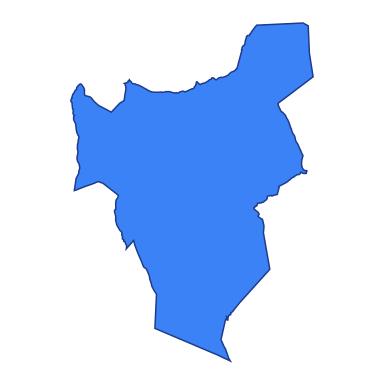 the district of Tingambato, Michoacán, Mexico
{"feature_id": "50627088B49103423158647", "entity_name": "Tingambato", "entity_type": "district", "adm_level": 2, "iso_a3": "MEX", "parent_name": "Mexico", "parent_adm1": "Michoacán", "projection": "equal_earth", "projection_center": [-101.844, 19.506], "detail": "fine", "context": "isolated", "style": "filled", "palette": "blue", "viewbox_px": 384, "rotation_deg": 0, "n_neighbors": 0, "source": "geoboundaries", "source_scale": "gbopen_adm2", "svg_char_len": 5756}
<svg xmlns="http://www.w3.org/2000/svg" viewBox="0 0 384 384"><path d="M263.9,227.6L263.9,225.5L262.8,220.7L262.4,219.2L261.2,218.7L259.2,217.3L258.0,216.3L257.9,216.2L258.3,215.2L258.8,214.9L259.1,214.6L259.1,214.4L258.9,213.6L258.8,213.3L258.6,212.9L257.6,211.8L256.3,210.9L255.5,210.1L254.8,209.6L254.3,209.1L254.1,209.0L254.1,208.9L253.9,207.7L254.9,207.2L255.0,206.6L255.2,206.1L255.6,206.1L256.1,205.9L256.6,206.0L256.7,205.9L256.8,205.5L257.3,204.8L257.4,203.4L258.2,203.1L260.9,203.0L262.2,202.3L263.0,202.3L263.4,202.1L266.5,199.6L267.1,198.7L267.2,197.9L267.2,197.1L267.5,196.4L268.0,196.0L269.6,195.9L270.0,195.6L270.6,195.4L271.1,195.4L271.4,195.7L271.7,196.0L272.2,196.0L272.7,195.7L273.9,195.3L274.4,195.0L275.7,194.9L276.7,194.6L277.3,194.3L278.6,189.3L279.1,187.9L278.8,186.4L286.1,182.6L286.2,182.4L287.9,181.5L287.9,181.2L288.2,180.9L288.6,180.5L289.0,180.2L289.5,180.1L289.8,179.8L290.5,179.2L292.0,177.8L293.8,177.0L294.4,176.7L295.0,175.9L296.0,175.5L296.4,175.0L296.9,174.7L298.8,174.6L299.1,174.5L299.5,174.3L300.3,173.3L300.5,172.7L301.0,172.1L301.2,172.3L301.7,172.5L302.7,173.3L304.2,173.5L306.2,173.4L306.9,170.8L306.4,170.6L306.3,171.1L303.5,169.9L303.6,169.6L302.6,168.5L302.2,167.6L302.1,166.6L302.0,166.4L301.8,166.2L301.5,164.7L301.5,164.1L301.7,162.4L301.6,161.0L303.0,155.5L301.7,153.2L301.2,151.7L299.6,148.3L298.3,145.2L297.5,143.6L296.0,141.5L295.3,139.1L295.0,137.4L294.5,135.8L293.3,134.1L292.5,132.7L291.9,131.1L291.4,129.3L291.2,128.6L290.2,126.6L289.9,125.1L288.9,122.4L288.3,121.0L287.6,119.5L286.8,118.4L285.4,115.3L284.0,113.8L282.6,112.2L282.4,112.1L282.2,112.1L281.6,111.9L281.4,111.6L280.4,110.2L280.2,109.6L280.0,109.2L279.9,108.7L279.8,108.4L279.4,108.0L278.9,106.6L278.3,105.5L278.2,103.7L278.1,103.3L313.1,76.8L309.4,53.3L308.2,25.8L303.0,23.0L256.6,25.2L253.8,28.7L253.2,29.7L251.9,31.1L251.7,31.5L251.1,32.7L250.8,33.5L250.7,33.6L250.2,33.6L250.0,33.9L249.4,35.5L247.8,35.4L247.3,35.7L246.5,36.6L246.4,37.0L246.5,37.7L246.4,37.9L245.9,38.8L245.3,40.8L245.1,42.2L244.9,44.2L244.8,44.5L244.7,44.7L244.4,45.1L243.5,45.4L242.8,46.4L242.5,46.6L242.1,47.6L242.0,48.7L241.8,49.3L241.5,49.7L241.6,49.8L242.0,50.6L241.7,50.9L237.0,68.5L236.8,68.5L236.3,68.7L236.2,68.9L236.1,69.2L236.0,69.5L235.7,69.7L235.3,70.2L234.9,70.4L234.7,70.7L234.2,71.0L233.2,71.4L231.3,72.2L229.7,73.4L229.0,74.3L228.5,74.7L226.3,76.1L225.3,76.5L224.7,76.6L223.6,77.2L222.3,77.5L221.6,77.2L221.3,77.2L220.2,77.6L219.0,77.8L218.5,78.1L216.7,79.6L216.4,79.8L216.2,79.8L215.4,79.6L215.1,79.3L214.7,78.9L213.4,77.9L212.8,77.8L212.1,77.9L211.9,77.9L211.5,78.7L211.0,79.2L210.1,79.5L209.2,80.0L208.6,80.6L208.3,81.0L207.6,81.3L205.3,82.7L204.8,83.0L202.4,83.4L200.9,84.2L200.6,84.5L200.4,84.6L200.0,84.2L199.5,84.1L198.9,83.7L197.1,81.8L196.7,81.8L196.5,82.0L196.3,82.3L196.2,83.9L196.0,84.2L195.4,85.6L194.6,86.9L194.2,87.2L194.1,87.3L194.1,87.8L194.1,88.0L193.3,88.6L193.0,88.7L191.7,88.9L185.3,91.9L184.8,92.0L184.2,91.5L183.5,91.2L182.6,91.2L181.2,91.6L180.8,91.7L179.7,92.0L178.2,93.0L177.7,93.1L176.2,92.6L175.6,92.9L175.0,93.0L172.2,92.5L169.1,91.5L168.7,91.7L165.9,91.6L164.5,92.1L163.2,92.3L162.5,92.3L161.3,92.0L158.8,92.2L157.8,92.3L154.4,92.2L152.6,92.1L150.1,91.3L148.8,90.7L146.6,89.4L141.7,86.7L139.8,85.7L137.8,84.9L136.6,84.6L135.3,84.0L133.1,83.6L132.5,83.6L131.5,82.6L131.4,82.1L131.3,81.9L130.5,81.2L129.4,79.8L129.3,80.2L129.3,80.6L129.1,80.4L128.7,80.6L128.0,81.2L127.8,81.7L127.8,82.4L127.7,82.5L124.3,83.4L124.9,83.8L125.1,84.2L125.3,85.1L125.9,87.4L125.9,88.2L125.9,89.1L124.6,96.9L124.2,100.5L122.8,101.4L120.0,103.0L116.8,106.3L111.3,112.2L104.3,108.4L98.5,105.4L95.7,102.9L93.6,100.9L91.4,97.9L89.8,96.8L85.5,95.7L84.6,94.9L84.4,92.4L84.5,89.6L83.5,87.3L82.1,85.2L80.8,83.9L79.8,84.2L78.8,85.0L78.5,85.3L77.9,85.9L77.7,86.6L76.8,87.3L76.6,88.4L76.5,89.7L75.8,89.9L75.2,90.5L74.6,91.4L74.2,92.7L73.4,93.4L72.7,94.8L72.1,96.5L71.9,97.5L72.0,98.4L71.4,98.7L70.9,100.2L71.0,101.3L71.2,101.9L71.7,102.2L72.1,102.9L72.0,103.7L72.6,109.0L73.1,109.6L73.5,110.3L73.2,110.9L73.1,111.5L73.0,113.0L73.2,114.1L73.6,114.8L74.5,115.4L74.0,115.9L73.6,116.8L73.6,118.3L73.7,119.8L74.1,120.8L75.5,123.4L76.0,126.7L76.1,128.2L76.6,131.7L77.5,134.1L78.2,135.5L78.8,136.3L78.9,137.2L78.3,140.0L78.1,140.8L78.2,141.7L78.1,142.1L77.5,144.7L77.4,146.0L77.5,147.2L77.3,148.3L77.3,149.0L77.7,149.7L77.7,150.3L77.9,151.3L77.9,152.5L77.7,153.8L77.2,156.3L76.9,158.5L77.6,161.4L78.3,162.6L79.0,163.7L79.8,168.0L79.3,169.8L78.9,171.0L78.7,172.4L78.7,173.5L77.4,175.9L76.1,178.6L74.3,190.6L76.7,189.9L79.4,188.7L86.1,186.1L91.2,184.4L95.3,182.8L97.2,181.9L98.2,181.6L103.1,183.3L103.9,184.0L115.6,193.1L118.4,195.4L118.0,197.0L117.3,198.5L116.1,199.9L115.7,202.9L115.8,209.2L115.1,209.6L114.4,211.2L115.0,213.4L115.7,216.1L115.7,221.0L116.4,222.6L116.5,224.2L118.0,227.2L118.7,228.2L119.7,230.1L121.8,232.2L121.8,235.1L122.5,236.8L122.5,237.7L122.3,238.3L122.3,238.8L123.9,239.8L124.0,240.1L123.6,240.9L123.7,241.3L125.0,241.8L125.3,242.9L126.7,246.1L126.3,248.8L133.6,240.5L134.3,243.1L134.8,245.0L138.1,253.8L141.1,260.5L143.4,266.5L144.2,267.4L146.5,269.1L149.4,276.1L149.5,277.3L149.6,278.4L151.4,284.1L152.0,286.6L154.2,290.7L156.5,294.2L154.9,328.4L211.7,352.5L215.8,354.2L230.3,361.0L228.8,358.5L225.4,348.8L224.5,347.3L224.1,346.7L221.0,339.6L225.2,321.0L225.4,320.6L225.6,319.4L226.8,319.7L227.8,320.1L228.0,319.0L227.9,317.9L227.8,317.7L227.0,318.2L226.8,318.2L226.7,318.1L226.7,317.5L226.9,316.9L226.8,316.7L227.2,316.9L227.6,317.0L227.9,316.9L228.2,317.0L228.3,316.3L229.4,315.0L229.7,314.8L229.9,314.9L230.5,314.5L230.6,314.2L230.7,314.3L230.8,313.9L230.6,313.2L230.7,312.9L231.0,312.9L233.0,311.3L233.2,310.8L234.6,309.0L239.5,302.9L269.8,269.3L263.4,232.7L263.9,227.6Z" fill="#3b82f6" stroke="#1e3a8a" stroke-width="1.5"/></svg>